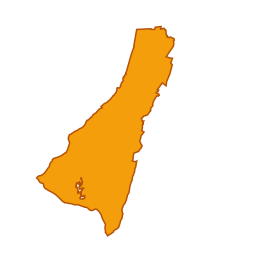 the district of Ciceu, Harghita, Romania, rotated 310°
{"feature_id": "2599482B51103948485004", "entity_name": "Ciceu", "entity_type": "district", "adm_level": 2, "iso_a3": "ROU", "parent_name": "Romania", "parent_adm1": "Harghita", "projection": "robinson", "projection_center": [25.684, 46.388], "detail": "fine", "context": "isolated", "style": "filled", "palette": "amber", "viewbox_px": 256, "rotation_deg": 310, "n_neighbors": 0, "source": "geoboundaries", "source_scale": "gbopen_adm2", "svg_char_len": 5601}
<svg xmlns="http://www.w3.org/2000/svg" viewBox="0 0 256 256"><g transform="rotate(310 128 128)"><path d="M223.9,106.9L224.1,106.9L224.6,107.1L225.3,106.8L225.9,106.1L225.9,105.4L225.7,104.7L225.4,104.5L225.4,103.8L225.0,102.0L224.2,101.6L223.8,101.6L223.5,100.5L222.9,99.4L223.6,99.3L224.0,98.8L223.8,98.4L224.2,97.2L226.1,95.2L227.1,94.4L227.0,94.1L227.4,93.4L227.0,93.1L227.5,91.5L226.2,90.4L226.0,90.5L224.7,89.4L227.0,88.1L222.7,84.1L220.7,85.1L218.5,82.5L218.7,82.3L218.8,81.8L209.1,71.3L194.5,79.8L194.7,80.1L185.3,83.7L170.5,90.4L168.8,90.8L168.3,91.8L167.8,92.0L167.6,91.4L165.7,91.8L165.2,91.7L164.9,92.3L164.6,91.9L164.0,91.8L162.4,92.3L162.0,93.2L161.2,94.1L160.2,93.8L159.8,94.0L159.1,93.9L157.7,94.2L156.5,94.9L156.2,95.2L155.7,95.0L153.8,95.9L153.5,95.7L153.0,95.7L152.0,93.9L151.3,94.0L151.0,94.2L150.9,94.5L149.6,95.0L149.2,95.5L148.6,95.8L147.3,96.0L145.5,96.0L144.6,96.3L144.0,96.3L143.4,95.8L141.4,96.0L139.8,96.0L139.5,95.9L137.9,96.0L135.5,95.4L134.2,95.5L131.7,94.3L130.7,94.0L128.7,93.9L127.5,93.5L127.2,93.5L126.9,95.2L125.4,94.3L124.6,94.2L124.0,93.8L120.8,93.7L119.0,93.8L117.9,93.2L117.6,93.3L115.6,92.7L113.7,93.1L112.4,92.7L111.1,92.7L108.3,92.3L108.0,92.0L107.2,91.9L107.2,91.7L105.4,92.0L104.1,92.6L101.7,93.0L100.9,92.9L98.4,92.5L96.7,91.5L93.7,90.7L92.1,90.0L91.7,89.6L90.1,89.1L89.8,89.2L87.1,88.2L86.6,88.3L85.3,87.5L83.4,87.9L81.3,89.2L79.5,92.2L78.3,93.3L75.4,94.4L73.4,95.3L71.3,95.9L70.4,96.0L69.5,96.4L68.7,96.2L68.4,95.8L67.8,95.6L66.1,95.3L63.9,94.6L60.9,93.2L57.0,90.7L55.7,90.4L55.1,90.4L54.2,91.1L53.3,91.1L52.6,90.9L50.0,91.3L49.3,91.8L47.5,92.5L45.7,92.5L42.0,92.9L38.7,92.8L37.5,92.5L35.5,91.8L34.5,90.9L33.4,90.3L32.1,90.1L31.0,90.1L30.8,92.9L29.9,94.5L29.8,95.9L30.0,96.8L30.6,97.7L30.9,98.7L29.0,101.5L28.6,102.4L28.5,103.6L29.1,107.6L30.1,112.1L30.4,114.5L30.4,118.4L29.8,124.5L29.7,124.6L30.1,126.9L29.9,127.3L31.4,129.3L31.8,130.6L33.7,133.4L34.1,134.3L34.4,135.8L35.7,137.3L36.2,138.2L36.7,138.5L37.4,139.7L38.0,141.6L39.2,144.8L39.6,145.9L40.2,146.7L40.7,148.0L40.8,149.1L40.5,151.1L40.6,151.6L41.0,152.1L41.4,153.4L43.5,154.5L44.7,154.8L45.7,156.3L45.7,156.7L45.4,157.6L45.6,158.8L44.5,162.7L41.9,167.1L39.8,172.5L38.9,173.3L37.9,173.6L36.5,174.8L34.2,177.3L33.6,177.6L33.1,179.7L32.5,181.0L32.4,181.8L33.1,181.8L34.2,182.3L37.5,183.3L38.4,183.4L39.0,183.7L40.6,183.1L43.3,184.3L45.9,184.7L48.4,183.6L49.5,183.3L50.5,182.7L51.8,182.1L55.7,181.1L56.0,180.9L56.6,180.2L58.5,179.5L59.2,179.0L59.2,178.3L59.4,178.3L61.2,176.3L61.4,175.8L66.3,174.0L67.9,174.2L70.1,173.4L71.2,173.3L72.1,172.9L73.5,172.0L74.8,171.6L75.7,170.9L76.3,170.7L78.9,170.4L79.6,169.9L82.8,168.1L83.7,167.4L84.6,166.8L85.7,166.6L86.4,166.1L88.7,165.2L90.5,164.8L93.4,162.9L94.4,162.5L95.5,162.4L97.5,161.5L98.7,161.2L101.3,159.4L102.8,159.1L108.3,155.9L107.8,155.7L107.4,155.8L106.1,154.0L106.0,153.6L105.5,152.6L105.6,152.3L106.8,152.1L107.8,151.6L109.3,150.4L109.9,150.2L112.0,148.8L112.4,148.6L116.8,151.1L118.9,151.0L119.7,150.7L120.5,150.9L121.9,150.8L123.6,150.1L123.9,148.7L124.3,147.6L124.8,147.2L125.2,145.8L125.7,145.4L129.1,143.8L129.1,143.6L129.3,143.5L131.0,142.8L131.7,143.0L135.2,142.9L134.8,140.1L135.4,140.0L137.7,138.7L139.0,137.4L141.0,137.2L141.5,136.4L141.0,136.3L141.4,136.0L142.3,136.0L143.5,135.6L143.0,135.1L143.0,134.6L142.5,134.3L144.0,132.0L145.2,132.4L146.9,132.3L148.0,132.8L148.6,133.4L149.4,133.7L149.5,134.1L150.6,134.5L153.2,134.4L153.7,134.3L154.2,134.0L154.8,134.1L155.0,134.3L155.8,134.2L156.3,134.1L156.5,133.5L157.1,133.1L158.7,132.6L159.6,132.8L161.5,132.5L161.7,131.9L163.0,131.1L165.3,130.3L168.5,129.7L171.0,129.4L171.3,129.5L171.7,130.2L171.7,130.6L173.1,130.9L173.7,130.1L173.8,129.7L173.5,128.5L172.9,127.0L175.1,127.0L175.3,127.5L176.7,127.1L176.3,126.5L176.1,125.8L184.6,125.3L184.8,130.0L188.5,127.7L196.3,125.3L204.2,121.6L205.0,121.1L205.0,119.2L210.0,117.2L209.5,116.6L208.5,114.9L207.1,111.4L219.8,110.2L221.8,109.1L223.9,106.9ZM57.5,127.8L54.7,129.0L54.0,128.9L54.0,128.7L53.7,128.8L53.8,128.6L54.1,128.6L54.0,127.9L53.2,127.7L53.2,128.4L53.5,128.5L53.2,128.5L53.2,128.8L53.1,127.7L52.9,127.7L52.9,128.3L51.8,128.9L51.3,128.5L50.9,129.0L50.2,130.3L50.6,130.4L51.0,130.9L51.3,131.6L51.6,131.3L52.0,131.6L52.5,131.7L52.0,132.2L53.1,132.6L54.0,133.2L52.0,132.3L51.8,132.3L51.9,132.2L51.1,131.8L51.0,132.0L51.4,132.2L50.6,133.0L50.3,132.7L49.9,132.8L49.6,132.6L48.2,132.8L48.3,133.2L47.9,133.1L48.0,133.6L48.3,133.6L48.2,133.9L47.4,133.9L47.1,135.2L45.9,136.4L46.0,137.0L46.3,137.4L47.5,137.6L47.5,138.6L48.2,138.6L47.6,139.2L46.4,139.9L45.8,139.8L45.7,139.7L45.5,139.2L44.9,139.0L44.6,139.2L43.5,138.0L43.4,136.9L43.1,136.7L43.1,136.3L45.6,135.8L46.3,134.7L47.2,134.6L47.3,133.1L47.7,132.4L46.6,131.7L45.7,131.5L45.8,131.3L46.1,130.9L46.6,131.1L46.8,130.9L47.2,131.0L47.2,130.9L47.4,130.9L47.1,130.3L47.4,130.2L47.5,130.3L47.4,130.2L47.7,130.0L48.0,129.9L48.1,130.0L48.2,129.9L48.5,129.2L49.2,128.3L49.4,127.7L49.6,127.6L49.3,127.4L49.4,127.0L49.8,126.8L49.8,126.1L49.5,126.3L49.2,126.2L49.4,125.7L49.9,125.4L49.9,125.2L50.0,125.4L50.5,124.8L51.0,125.0L50.9,125.3L51.8,125.0L51.9,124.9L51.5,124.8L52.2,124.7L52.3,124.4L52.5,124.5L53.0,124.2L53.0,124.4L53.3,124.5L53.3,124.9L53.7,125.0L54.1,125.8L56.1,125.0L55.1,125.5L54.8,125.7L54.8,125.9L54.0,126.0L53.9,126.1L53.6,125.9L53.4,126.2L53.8,126.6L54.7,126.8L54.8,127.2L55.7,127.2L55.7,127.8L54.6,127.7L54.5,127.9L54.9,128.0L54.8,128.4L55.0,128.8L57.4,127.7L57.7,127.4L57.9,126.6L58.6,125.9L58.7,125.3L59.3,124.6L58.9,124.4L59.3,124.0L59.7,124.5L59.3,124.7L58.7,125.3L58.6,125.9L57.9,126.6L57.7,127.4L57.5,127.8Z" fill="#f59e0b" stroke="#b45309" stroke-width="1.5"/></g></svg>